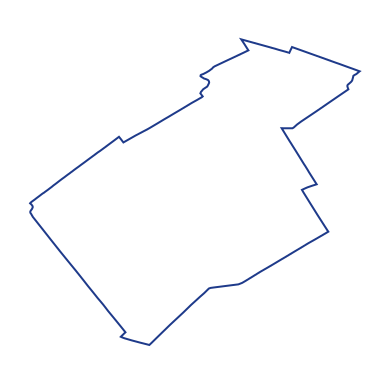 Petresti, Satu Mare, Romania, rotated 183°
{"feature_id": "2599482B2031241527565", "entity_name": "Petresti", "entity_type": "district", "adm_level": 2, "iso_a3": "ROU", "parent_name": "Romania", "parent_adm1": "Satu Mare", "projection": "equal_earth", "projection_center": [22.375, 47.595], "detail": "fine", "context": "isolated", "style": "outline", "palette": "blue", "viewbox_px": 384, "rotation_deg": 183, "n_neighbors": 0, "source": "geoboundaries", "source_scale": "gbopen_adm2", "svg_char_len": 3003}
<svg xmlns="http://www.w3.org/2000/svg" viewBox="0 0 384 384"><g transform="rotate(183 192 192)"><path d="M198.3,280.0L209.4,272.5L214.4,269.2L219.3,265.9L223.6,263.1L230.1,258.7L237.3,253.9L239.5,252.5L251.4,245.4L263.1,237.9L266.0,241.3L267.8,243.3L272.9,239.0L286.1,228.1L288.0,226.7L297.8,218.6L300.8,216.1L304.5,213.1L306.4,211.5L308.9,209.5L311.2,207.6L312.8,206.2L314.1,205.2L315.2,204.2L316.5,203.2L318.3,201.7L320.3,200.0L322.3,198.4L324.8,196.3L327.1,194.3L329.1,192.6L330.7,191.3L332.3,189.8L334.1,188.3L334.8,187.7L336.2,186.5L338.7,184.5L340.1,183.3L340.5,183.1L341.4,182.4L341.9,182.0L344.1,180.1L345.9,178.6L347.1,177.6L348.7,176.2L350.2,175.0L351.3,174.1L352.0,173.5L352.7,172.8L352.8,172.7L353.1,172.2L352.8,172.0L351.8,171.2L351.1,170.4L350.8,170.0L350.4,169.4L350.3,168.7L350.3,168.2L350.5,167.7L350.9,166.7L351.4,165.9L352.1,164.9L352.4,164.1L352.5,163.6L352.4,163.1L352.1,162.4L351.4,161.6L351.0,161.0L350.6,160.2L350.1,159.6L349.8,159.0L349.3,158.4L338.9,146.6L330.5,137.0L320.8,126.0L312.5,116.8L303.4,106.8L295.7,98.1L291.1,92.8L285.5,86.6L280.8,81.3L274.8,74.9L269.5,68.7L265.1,63.9L260.9,59.3L256.0,53.9L251.1,48.4L252.2,47.3L253.3,46.1L254.6,44.7L255.5,43.7L254.3,43.2L251.8,42.4L244.6,40.7L236.1,38.9L229.0,37.5L226.6,37.0L224.5,39.2L220.2,43.9L215.4,49.1L206.7,58.5L194.4,71.2L187.4,78.8L178.6,87.7L174.4,91.8L170.1,96.5L168.4,97.2L165.2,97.8L140.8,102.2L137.1,103.9L133.9,106.0L119.9,115.7L108.4,123.2L88.0,136.9L72.6,147.3L66.9,150.9L55.3,158.5L53.8,159.5L54.7,160.7L57.9,165.1L65.5,175.7L73.0,186.4L79.9,196.3L80.8,197.6L82.3,199.9L79.1,201.6L76.9,202.7L72.2,204.6L67.9,206.2L73.1,213.5L76.7,218.6L77.1,219.3L80.5,224.2L81.5,225.5L85.1,230.7L90.6,238.6L94.7,244.4L95.1,245.0L95.8,246.0L96.9,247.5L100.5,252.7L105.8,260.4L102.2,260.5L95.0,260.9L93.7,261.8L90.6,264.9L86.7,268.1L77.9,274.7L71.9,279.2L59.8,288.5L50.8,295.4L41.2,302.7L41.9,304.3L42.2,305.2L42.4,305.8L42.4,306.3L42.3,306.8L41.9,307.4L40.6,308.6L38.8,310.4L37.9,311.7L37.3,314.4L36.9,316.5L35.9,317.3L34.2,318.3L33.5,318.9L31.6,320.7L30.9,321.3L35.1,322.6L38.7,323.7L42.4,324.8L51.9,327.7L54.7,328.5L86.7,338.1L99.4,341.9L99.7,342.0L101.2,338.4L102.1,336.1L102.3,336.2L103.1,336.3L106.0,337.0L113.3,338.6L113.6,338.7L115.7,339.2L115.9,339.3L116.0,339.3L117.8,339.7L119.7,340.1L120.3,340.2L120.4,340.3L120.5,340.3L122.7,340.8L150.8,347.0L147.3,342.3L143.7,337.2L143.1,336.4L148.0,333.7L164.8,324.7L176.1,318.6L177.5,317.5L177.7,317.3L177.8,317.1L178.0,316.8L178.4,316.3L181.4,313.8L182.5,313.1L184.0,312.1L184.9,311.6L186.9,310.4L187.5,310.2L189.0,309.5L189.4,309.2L189.5,308.8L189.5,308.5L189.6,308.2L189.3,307.9L189.0,307.7L188.0,307.1L187.0,306.6L185.8,305.9L184.8,305.7L183.2,305.2L182.8,305.0L182.0,304.7L181.6,304.4L181.2,303.9L180.8,303.2L180.6,302.1L180.9,301.2L181.4,300.0L182.2,298.3L182.3,298.1L184.2,296.7L185.4,295.8L186.3,295.1L187.2,293.8L188.3,292.4L188.8,290.9L188.5,290.6L186.3,288.0L187.0,287.3L191.7,284.2L196.5,281.2L198.3,280.0Z" fill="none" stroke="#1e3a8a" stroke-width="2"/></g></svg>